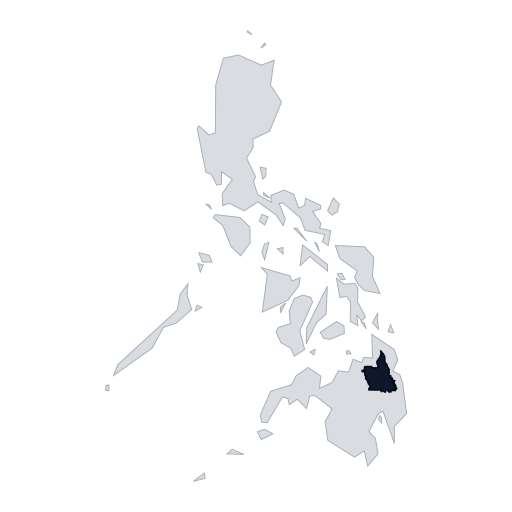 location of Agusan del Sur, Agusan del Sur, Philippines
{"feature_id": "2640588B20221108717018", "entity_name": "Agusan del Sur", "entity_type": "district", "adm_level": 2, "iso_a3": "PHL", "parent_name": "Philippines", "parent_adm1": "Agusan del Sur", "projection": "albers", "projection_center": [125.526, 8.58], "detail": "fine", "context": "in_parent", "style": "filled", "palette": "ink", "viewbox_px": 512, "rotation_deg": 0, "n_neighbors": 0, "source": "geoboundaries", "source_scale": "gbopen_adm2", "svg_char_len": 7595}
<svg xmlns="http://www.w3.org/2000/svg" viewBox="0 0 512 512"><path d="M238.7,55.0L261.3,65.2L274.1,60.2L270.5,85.0L281.5,101.9L269.5,131.3L252.9,139.0L253.2,147.3L246.5,158.1L255.6,176.6L253.5,181.5L257.6,194.5L271.3,202.2L271.0,195.3L284.2,190.1L293.6,194.2L298.7,208.0L304.7,205.4L305.5,198.3L320.7,205.4L320.4,209.1L312.5,211.4L320.8,223.3L319.7,228.3L330.7,230.7L328.1,245.5L322.5,241.6L324.7,234.5L305.0,230.3L300.5,217.8L283.1,203.0L279.2,203.6L285.2,219.1L283.1,225.5L276.3,215.1L257.9,201.8L244.4,210.8L229.0,203.2L222.7,205.6L222.2,193.5L232.4,179.3L221.5,171.7L221.4,184.2L216.8,185.1L211.2,174.3L206.0,172.4L197.1,128.2L199.0,126.0L208.9,134.9L215.4,133.0L215.7,85.2L223.4,58.2L238.7,55.0ZM371.8,334.4L394.3,349.6L397.8,359.8L392.7,371.1L399.8,374.6L402.7,383.5L406.6,413.7L394.4,426.2L394.4,443.4L382.9,411.1L378.6,413.3L368.9,431.4L375.5,438.5L378.0,453.9L367.8,465.9L364.2,451.0L354.6,457.1L327.9,440.4L325.1,421.7L332.1,409.0L315.2,395.6L309.8,395.9L306.5,408.5L297.3,399.2L289.3,404.6L287.8,398.4L282.3,397.1L267.2,422.7L261.6,422.1L260.4,414.8L270.6,391.3L291.6,384.7L296.0,376.0L308.1,367.5L321.0,376.2L319.4,388.3L331.9,382.6L338.4,370.9L348.6,372.1L353.0,359.2L361.5,362.5L363.6,357.5L372.6,357.9L371.8,334.4ZM304.6,349.5L294.4,356.2L290.5,347.9L281.0,342.7L276.0,331.9L278.3,327.5L290.3,323.7L289.2,310.5L294.4,298.4L303.0,295.1L310.8,297.4L312.6,301.9L299.8,330.8L304.6,349.5ZM364.6,246.8L373.8,257.4L372.4,276.3L380.0,293.5L364.4,290.5L358.2,284.3L354.6,277.4L357.0,270.9L340.0,258.6L335.4,245.5L364.6,246.8ZM261.5,267.6L290.1,276.0L291.8,280.9L300.0,277.9L298.8,285.8L287.8,300.3L262.3,312.1L267.3,274.3L261.5,267.6ZM152.1,348.2L113.5,375.5L117.8,364.7L177.3,310.0L180.1,294.3L188.0,283.7L187.0,295.1L191.8,309.5L176.1,323.1L163.3,327.5L152.1,348.2ZM215.3,214.6L240.0,217.5L249.8,227.1L250.2,242.7L240.6,255.8L231.0,246.5L222.9,225.6L213.3,217.8L215.3,214.6ZM343.9,284.2L355.0,283.3L358.0,288.4L357.5,301.8L365.5,317.0L361.6,320.7L356.7,315.1L357.9,325.6L350.3,321.4L350.5,302.0L346.7,296.3L339.9,297.5L336.4,278.1L343.9,284.2ZM306.2,343.9L306.8,327.6L327.3,286.3L326.1,314.0L316.6,322.5L306.2,343.9ZM344.4,333.4L329.7,339.3L323.9,338.5L320.2,332.4L336.4,321.6L343.9,325.8L344.4,333.4ZM302.6,244.9L327.4,264.4L327.6,271.2L309.9,256.5L300.1,265.6L302.6,244.9ZM337.3,211.9L331.8,215.1L327.6,210.9L333.4,197.9L339.3,204.4L337.3,211.9ZM272.8,433.8L261.3,439.6L257.4,431.7L264.5,429.3L272.8,433.8ZM198.8,252.7L209.4,255.4L211.9,262.0L202.5,262.0L198.8,252.7ZM262.0,214.4L268.1,216.9L264.7,225.0L259.3,221.0L262.0,214.4ZM232.2,449.4L243.9,454.4L227.0,453.8L232.2,449.4ZM378.6,329.4L372.5,322.9L377.9,312.8L377.3,318.9L378.6,329.4ZM268.9,242.4L264.7,259.7L261.9,252.5L264.4,244.1L268.9,242.4ZM204.4,473.1L205.1,478.3L193.4,481.3L204.4,473.1ZM266.1,168.3L265.7,176.0L262.9,179.2L260.1,167.2L266.1,168.3ZM285.6,303.0L280.5,312.9L280.5,307.1L285.6,303.0ZM203.3,264.9L200.3,272.0L197.9,263.6L203.3,264.9ZM345.0,279.5L341.1,279.7L337.3,274.0L342.0,273.3L345.0,279.5ZM283.0,247.6L283.0,254.1L277.4,248.7L283.0,247.6ZM393.7,333.0L388.0,331.8L390.6,324.8L393.7,333.0ZM296.8,228.1L306.7,241.2L294.1,228.3L296.8,228.1ZM201.8,307.4L195.1,311.0L197.0,305.2L201.8,307.4ZM315.1,349.4L313.8,354.9L310.0,352.1L315.1,349.4ZM317.2,244.1L319.4,251.8L314.6,242.0L317.2,244.1ZM108.8,390.8L105.4,390.3L106.2,385.4L108.9,384.9L108.8,390.8ZM351.0,353.8L346.6,354.1L346.2,351.2L348.9,350.6L351.0,353.8ZM381.6,422.8L378.4,419.3L379.4,415.7L381.6,417.5L381.6,422.8ZM209.5,204.9L211.4,209.3L206.2,204.2L209.5,204.9ZM364.3,323.0L366.1,328.8L361.3,321.8L364.3,323.0ZM265.8,44.7L260.8,48.2L264.5,43.0L265.8,44.7ZM270.2,198.4L263.5,195.0L263.6,192.7L270.2,198.4ZM247.8,30.7L252.0,34.7L247.3,32.1L247.8,30.7Z" fill="#d9dde1" stroke="#a8b0b8" stroke-width="1"/><path d="M364.5,367.2L364.6,368.8L364.4,368.9L364.5,368.9L364.5,369.0L364.4,369.1L364.2,369.3L364.1,369.5L363.9,369.8L363.7,369.8L363.3,370.1L363.2,370.3L363.0,370.5L362.9,370.6L362.7,370.6L362.8,370.7L362.8,370.8L362.7,370.9L362.8,370.9L362.7,371.0L362.8,371.1L362.7,371.2L362.7,371.3L362.6,371.5L362.5,371.4L362.5,371.5L362.4,371.4L362.4,371.5L364.7,371.6L364.8,371.6L365.0,371.6L365.1,371.4L365.2,371.7L365.0,371.9L365.0,372.0L364.8,372.3L364.9,372.5L364.9,372.8L365.0,373.0L364.9,373.3L364.9,373.5L364.9,373.8L364.9,374.0L364.9,374.3L364.8,374.8L365.1,375.6L365.4,376.1L365.5,376.2L365.8,376.2L365.8,376.4L366.0,376.5L365.9,376.6L365.7,376.8L365.8,377.1L365.7,377.2L365.7,377.3L365.6,377.6L365.7,378.0L365.7,378.3L365.6,378.7L366.1,379.4L366.4,379.6L366.7,380.1L367.0,380.4L367.4,380.6L367.7,381.0L367.7,382.0L367.9,382.6L368.5,383.2L368.5,383.4L368.5,383.7L368.4,383.8L368.5,384.1L368.9,384.2L369.0,384.3L369.2,384.5L369.3,384.6L369.4,384.8L369.5,384.8L369.5,385.0L369.7,385.3L369.8,385.3L369.9,385.5L370.0,385.5L369.9,385.5L370.0,385.6L369.9,385.8L370.0,385.8L370.1,386.0L370.3,386.1L370.5,386.2L370.4,386.2L370.4,386.3L370.5,386.2L370.5,386.3L370.5,386.5L370.8,386.7L370.7,386.8L370.8,386.8L370.9,387.0L370.7,387.0L370.7,387.3L370.4,387.3L370.2,387.5L370.2,387.4L370.1,387.5L370.1,387.4L370.1,387.5L369.9,387.5L369.7,387.6L369.7,387.8L369.5,388.1L369.4,388.2L369.3,388.6L368.9,388.6L368.8,388.8L368.9,389.2L368.8,389.5L368.9,389.9L377.7,390.0L380.6,390.0L380.6,390.4L380.6,390.5L381.1,391.0L381.2,391.3L381.3,391.5L381.6,391.6L382.0,391.3L382.3,390.9L383.7,391.0L384.1,391.6L384.5,392.0L384.8,392.1L385.2,392.2L385.6,391.6L385.8,391.1L385.5,390.4L385.6,390.0L386.1,390.0L387.7,390.0L387.8,390.0L387.8,390.5L388.0,390.9L388.3,391.5L388.5,391.6L389.0,391.9L389.4,392.1L389.6,392.1L389.8,392.1L390.2,391.7L390.4,391.5L390.5,391.4L390.4,391.3L390.5,391.3L390.7,391.2L390.8,391.3L390.8,391.2L391.0,391.1L391.4,390.9L391.9,390.5L392.5,390.3L393.0,390.1L393.1,390.3L393.3,390.2L393.4,390.5L393.6,390.6L393.9,390.4L394.0,390.4L394.4,390.4L394.4,390.6L394.5,390.6L394.7,390.4L394.9,390.4L394.9,390.2L395.1,390.3L395.1,390.2L395.4,390.1L395.5,390.0L395.5,389.7L396.4,389.1L396.3,388.9L396.2,388.7L396.4,388.5L396.6,388.3L396.6,388.1L395.8,388.1L395.7,387.6L395.8,385.8L395.0,384.6L394.9,384.6L394.8,384.4L394.7,384.5L394.7,384.4L394.5,384.2L394.4,384.2L394.3,384.3L394.2,384.1L394.2,383.9L394.1,384.0L394.1,383.8L393.8,383.7L393.7,383.5L393.2,382.9L394.1,382.2L393.5,381.7L394.6,380.8L392.2,379.7L392.4,378.5L391.9,377.6L391.5,377.3L390.9,377.1L390.5,376.5L390.3,376.4L390.6,375.9L390.1,375.8L389.5,375.2L388.8,374.2L388.8,373.9L389.0,373.1L389.4,372.9L389.2,372.0L388.3,371.9L388.3,371.0L388.6,370.9L389.4,369.9L389.1,369.4L388.0,367.4L387.4,366.6L387.1,365.6L387.0,364.9L386.7,364.2L386.2,363.6L385.5,363.1L385.1,362.5L384.9,361.1L384.8,359.5L384.9,358.4L384.7,356.8L384.1,355.4L383.3,353.9L381.3,351.7L381.3,351.3L380.7,351.1L381.0,353.2L381.0,353.5L380.3,356.0L380.0,356.8L379.0,358.6L378.8,358.8L378.7,359.0L378.8,359.3L378.9,359.5L379.0,359.6L378.9,359.6L379.0,359.8L378.9,359.9L378.7,359.9L378.8,359.9L378.8,360.0L378.7,360.0L378.4,360.1L378.3,360.3L378.2,360.2L378.2,360.3L378.2,360.2L378.0,360.3L377.9,360.3L377.7,360.5L377.8,360.6L377.6,360.6L377.7,360.8L377.7,360.7L377.7,360.8L377.6,361.0L377.3,361.1L376.9,361.6L376.9,361.8L377.0,363.2L377.3,363.2L377.4,363.4L377.3,363.7L377.3,364.0L377.8,366.0L378.0,366.3L378.1,366.8L377.9,366.8L378.0,367.8L376.9,367.8L375.0,367.8L374.8,368.0L374.6,367.9L374.3,367.9L374.1,367.9L373.9,368.0L373.8,367.9L373.6,367.9L373.3,367.9L373.2,367.9L372.3,367.5L371.9,367.6L371.9,367.0L371.3,367.0L371.3,366.5L366.9,366.5L366.4,366.7L366.2,366.8L366.1,366.7L365.9,366.6L365.6,366.6L365.2,366.8L364.9,366.9L364.9,367.0L364.8,366.9L364.7,367.1L364.5,367.2Z" fill="#0f172a" stroke="#020617" stroke-width="1.5"/></svg>